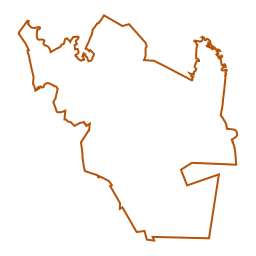 Amacuzac, Morelos, Mexico (Albers equal-area conic projection)
{"feature_id": "50627088B73948471129715", "entity_name": "Amacuzac", "entity_type": "district", "adm_level": 2, "iso_a3": "MEX", "parent_name": "Mexico", "parent_adm1": "Morelos", "projection": "albers", "projection_center": [-99.387, 18.588], "detail": "fine", "context": "isolated", "style": "outline", "palette": "amber", "viewbox_px": 256, "rotation_deg": 0, "n_neighbors": 0, "source": "geoboundaries", "source_scale": "gbopen_adm2", "svg_char_len": 5393}
<svg xmlns="http://www.w3.org/2000/svg" viewBox="0 0 256 256"><path d="M84.8,171.0L90.6,173.0L96.8,175.0L97.8,175.5L98.0,176.1L98.0,177.1L99.0,177.3L99.2,176.7L99.2,176.2L99.9,176.4L108.8,181.0L111.9,185.2L111.0,185.8L110.2,186.0L120.0,203.1L119.9,208.8L122.4,207.3L136.6,232.0L144.5,231.0L146.8,239.6L154.2,240.6L152.7,236.9L209.0,238.3L218.9,174.4L187.1,185.4L181.0,169.7L191.9,162.8L236.2,164.7L235.8,160.4L235.7,157.6L234.9,149.7L233.9,145.2L232.6,142.2L233.0,141.9L232.2,140.8L231.7,139.6L233.5,138.6L234.8,137.8L236.4,136.3L236.9,135.4L237.2,134.2L236.6,131.8L235.9,130.7L234.4,129.7L231.2,129.2L226.9,128.8L226.7,125.9L226.5,125.7L226.4,125.8L226.1,123.8L222.2,117.1L221.5,116.4L221.0,115.9L220.6,115.4L220.8,114.9L221.1,113.2L221.2,111.8L221.7,110.2L222.1,108.3L222.7,103.8L223.0,99.6L223.4,97.1L224.3,89.0L225.5,76.9L225.1,76.2L225.5,75.9L225.9,75.3L225.5,74.9L226.1,73.6L225.4,73.2L225.5,72.6L225.9,71.3L226.7,70.6L226.7,70.0L226.4,69.7L225.7,69.7L225.0,70.2L224.1,70.4L222.8,70.4L222.1,70.4L221.5,69.4L222.1,68.8L222.4,68.3L222.8,67.8L223.8,67.2L224.6,67.2L224.8,66.7L225.1,66.4L225.6,66.5L225.0,64.5L224.8,64.4L224.3,64.2L222.6,65.7L222.3,65.5L221.4,63.9L221.3,63.2L221.2,61.4L220.7,59.7L220.3,59.4L220.2,57.9L220.4,57.7L221.5,57.7L221.7,57.1L222.2,56.3L221.7,55.8L221.6,55.6L221.3,55.7L220.4,56.4L219.8,56.7L219.5,56.6L219.4,57.3L218.7,57.8L218.5,57.1L217.8,56.0L216.3,54.4L216.5,54.1L217.0,54.2L217.2,54.4L218.3,54.1L218.4,53.4L218.2,52.9L216.5,51.2L216.7,50.6L217.2,50.5L220.0,50.9L219.7,50.4L218.4,49.6L217.8,49.5L217.6,49.6L215.6,49.2L214.9,48.9L214.8,47.7L214.7,47.7L214.2,47.6L213.3,48.5L212.9,49.1L211.9,49.1L211.4,47.6L212.6,47.2L212.9,47.3L213.1,46.7L212.9,46.7L211.9,46.0L211.5,45.1L211.3,44.8L211.0,44.5L210.4,44.2L209.2,44.5L209.5,46.8L210.0,47.1L209.8,47.5L206.8,46.2L206.7,45.8L207.4,45.5L208.2,44.4L208.1,43.4L208.7,43.1L208.6,42.5L209.8,42.9L210.4,42.8L210.1,41.4L209.7,40.5L209.4,40.3L208.1,39.3L207.1,38.9L206.8,39.0L205.7,40.2L205.0,40.1L204.8,39.1L204.3,38.3L202.7,36.8L202.1,37.1L202.9,37.3L202.6,37.6L202.5,39.8L202.3,40.2L202.2,40.6L201.8,40.9L200.9,41.2L200.1,41.7L199.7,41.6L198.8,41.2L197.9,41.1L197.5,41.0L197.1,40.9L196.1,41.1L195.8,40.9L195.3,40.9L194.8,40.5L194.3,40.9L194.5,41.4L194.7,41.5L195.0,41.5L195.3,41.7L195.9,42.3L196.1,43.0L196.9,44.3L196.8,44.6L197.4,45.1L196.5,47.8L196.1,55.0L196.1,58.4L197.0,58.5L197.7,58.9L198.2,59.3L198.8,59.8L199.1,60.7L199.1,61.0L196.7,61.1L195.8,63.2L195.4,64.3L195.2,64.3L194.6,66.9L194.7,67.0L195.2,67.7L196.8,69.3L196.5,69.2L196.2,69.4L195.7,70.5L195.0,71.3L194.9,71.4L194.4,71.4L194.2,71.8L193.8,72.1L193.6,72.5L193.8,73.0L193.9,74.4L191.2,73.9L189.8,73.4L190.4,74.1L192.2,74.5L191.9,74.7L192.1,74.8L192.1,75.0L191.3,76.2L193.2,77.1L192.5,77.7L191.8,79.5L192.4,79.9L191.9,80.4L163.7,65.6L159.4,63.5L157.9,62.8L156.2,61.8L154.8,61.1L152.9,60.6L151.1,60.7L150.7,60.7L150.0,60.5L147.6,60.3L144.0,60.1L145.3,56.7L145.6,55.3L145.6,52.3L145.6,48.0L146.7,46.6L145.6,42.8L129.7,25.0L129.5,24.5L129.0,24.2L122.4,26.0L104.0,15.4L101.1,19.9L100.9,20.5L100.2,20.9L99.5,21.5L99.3,22.6L98.8,23.0L98.7,23.1L98.3,23.0L97.9,23.5L97.7,23.6L97.1,23.5L96.6,24.4L95.9,25.3L94.7,27.2L92.7,29.4L92.1,33.8L91.4,35.2L90.1,38.1L88.9,41.4L87.9,43.6L87.1,45.0L85.6,48.8L86.2,49.1L86.6,48.9L87.9,49.6L89.1,51.2L90.3,50.1L91.4,51.4L92.8,52.5L93.5,53.3L94.0,54.2L93.5,55.7L92.6,57.3L92.4,58.1L91.8,59.6L90.8,60.7L89.6,61.0L88.7,61.2L88.1,60.6L87.6,59.0L87.3,57.5L86.2,56.7L85.3,55.5L85.3,55.0L85.1,55.2L83.6,53.3L82.5,56.0L83.1,55.9L83.1,56.4L84.0,59.3L83.9,60.0L83.7,60.1L83.2,59.8L82.4,59.8L81.7,60.2L81.2,60.7L80.6,60.6L77.5,58.2L77.1,56.9L76.0,56.5L75.4,55.7L75.6,54.9L76.6,54.5L77.8,53.5L78.6,52.3L77.9,49.4L77.1,49.0L75.0,49.3L74.6,45.7L74.9,44.8L75.8,44.5L76.6,44.4L77.0,44.0L76.7,43.3L76.2,42.8L76.0,41.7L76.0,40.6L76.9,39.9L78.0,38.7L78.6,37.7L78.5,37.0L77.8,36.6L77.1,36.5L76.4,36.8L75.4,37.0L74.2,36.9L73.4,37.0L72.8,37.7L72.2,38.6L71.0,40.1L70.3,41.9L69.6,40.8L68.9,40.3L67.8,39.2L67.2,38.4L65.2,39.0L64.6,40.7L64.3,42.6L63.5,44.1L61.6,44.5L61.1,45.8L59.7,47.2L56.2,48.9L50.7,52.2L50.3,50.6L49.6,48.8L48.8,47.5L48.1,46.7L47.4,46.2L45.9,45.5L45.3,45.4L44.8,45.4L44.2,44.9L43.8,44.3L43.5,43.6L43.5,43.0L43.5,42.6L44.3,41.4L44.3,40.5L43.9,40.2L43.3,39.9L42.4,39.6L41.5,39.5L40.9,39.5L39.4,39.7L38.6,39.6L37.7,39.2L37.4,38.7L36.9,37.1L36.7,36.0L36.9,32.7L37.3,29.7L38.8,29.3L39.4,29.0L40.0,28.4L40.0,28.0L39.9,27.6L39.5,27.2L39.1,27.1L38.7,27.1L35.9,27.7L33.9,28.0L32.1,27.7L31.1,27.3L30.4,26.7L28.8,24.8L28.6,24.2L28.4,23.7L28.5,22.5L28.3,22.7L28.5,20.9L27.4,20.8L26.1,22.7L18.9,32.5L19.3,33.4L18.8,34.1L20.2,35.7L20.4,36.0L20.5,36.2L21.1,37.1L24.9,42.6L25.5,43.3L28.8,50.2L27.5,50.6L27.9,53.6L28.3,53.9L28.9,55.6L29.6,59.6L31.8,69.6L33.3,76.0L33.6,76.6L33.0,83.9L34.2,86.1L35.5,90.7L36.8,89.9L37.6,87.5L38.3,87.5L38.7,88.7L39.6,88.1L39.4,86.7L40.4,86.4L41.7,87.1L42.2,87.6L42.9,87.4L43.6,87.1L43.7,86.3L44.4,84.7L45.8,83.6L47.9,83.0L49.5,83.5L50.9,84.3L52.1,84.6L53.1,85.1L53.9,86.1L55.7,86.3L56.7,87.1L57.1,88.2L57.7,88.9L55.5,98.3L53.3,102.0L56.8,111.6L57.6,112.2L58.6,112.3L60.3,112.2L62.3,111.9L65.3,110.6L64.5,119.5L66.1,119.6L66.6,120.1L67.3,120.9L68.3,121.6L69.0,121.8L69.7,121.8L70.7,122.2L74.5,125.9L79.9,122.9L83.1,122.4L84.0,122.0L85.1,124.3L85.9,124.3L86.1,125.6L86.3,126.0L89.8,123.6L89.0,130.5L88.6,130.5L81.0,142.4L82.5,153.8L82.5,157.2L83.8,166.5L84.8,171.0Z" fill="none" stroke="#b45309" stroke-width="2"/></svg>